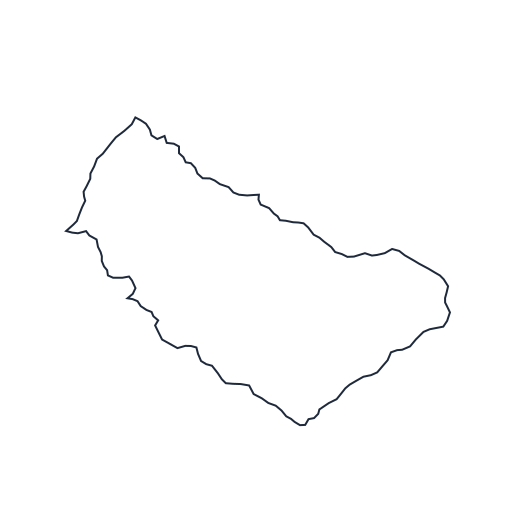 Cabrália Paulista, São Paulo, Brazil (Natural Earth projection), rotated 67°
{"feature_id": "56859067B34183018686620", "entity_name": "Cabrália Paulista", "entity_type": "district", "adm_level": 2, "iso_a3": "BRA", "parent_name": "Brazil", "parent_adm1": "São Paulo", "projection": "natural_earth1", "projection_center": [-49.379, -22.481], "detail": "fine", "context": "isolated", "style": "outline", "palette": "slate", "viewbox_px": 512, "rotation_deg": 67, "n_neighbors": 0, "source": "geoboundaries", "source_scale": "gbopen_adm2", "svg_char_len": 2069}
<svg xmlns="http://www.w3.org/2000/svg" viewBox="0 0 512 512"><g transform="rotate(67 256 256)"><path d="M430.7,276.7L426.7,271.4L427.9,265.9L425.6,260.4L422.0,257.6L419.8,246.3L419.3,237.7L416.1,231.7L412.7,225.5L411.0,220.0L410.0,212.1L409.1,204.3L410.6,196.8L410.5,189.9L406.6,182.1L403.4,175.6L397.4,169.4L397.8,162.9L399.4,158.1L399.4,149.5L395.2,141.3L391.3,131.5L391.3,124.7L394.2,111.2L390.4,105.4L383.7,99.5L377.0,99.8L372.7,100.1L368.6,98.4L364.2,94.9L358.9,91.0L350.8,92.3L345.8,94.3L341.0,97.9L335.1,102.2L326.8,108.9L322.5,112.0L313.5,118.8L307.3,122.2L302.7,128.0L303.7,136.3L302.3,144.3L300.9,149.1L296.0,154.6L294.8,166.1L292.5,172.2L287.7,176.3L283.3,181.6L277.2,183.2L269.5,187.7L264.0,190.4L258.9,194.6L250.1,196.8L244.5,199.4L241.8,203.8L239.4,208.7L235.2,214.8L232.4,220.0L227.9,220.6L223.9,223.0L217.1,225.2L210.5,231.6L205.1,231.7L200.7,229.4L198.8,234.7L196.8,240.5L193.0,247.6L188.7,252.0L181.9,254.3L175.7,261.2L170.4,264.5L166.6,268.1L163.6,274.7L157.2,277.7L151.1,277.5L145.1,279.7L142.3,284.1L136.7,284.2L131.3,286.7L125.1,284.1L120.5,287.8L117.0,294.0L109.8,293.3L109.7,301.2L104.1,305.1L98.2,304.3L91.3,305.6L86.0,309.1L81.3,312.9L86.2,318.9L89.4,328.4L92.0,338.6L95.7,345.7L102.0,357.1L104.3,364.3L110.3,370.0L115.4,376.2L120.2,378.4L125.7,384.8L129.5,389.6L134.0,391.0L138.4,391.6L143.3,397.2L148.6,402.4L153.8,407.2L155.7,411.8L158.8,421.0L162.7,416.0L165.5,411.0L166.7,402.7L172.0,401.4L178.5,396.3L185.9,397.9L191.7,397.5L196.0,398.0L200.3,399.9L206.2,400.0L210.9,398.6L216.0,399.9L220.2,396.0L223.8,387.5L225.3,380.9L230.2,379.7L238.5,379.5L242.7,384.2L244.7,390.8L247.5,386.4L251.3,382.7L257.1,381.7L262.9,377.9L266.7,374.0L271.4,374.0L277.0,371.2L280.5,376.0L287.7,375.6L296.2,375.1L310.1,364.3L311.1,356.2L313.4,351.1L316.9,346.6L323.3,347.6L331.2,347.6L336.1,344.1L339.8,339.4L349.1,336.9L356.1,335.6L361.3,333.5L364.7,327.0L367.9,320.1L372.5,312.9L382.2,312.1L389.2,306.3L396.1,302.1L401.5,296.3L408.2,292.9L415.4,290.8L419.6,287.4L423.8,285.3L428.9,281.6L430.7,276.7Z" fill="none" stroke="#1e293b" stroke-width="2"/></g></svg>